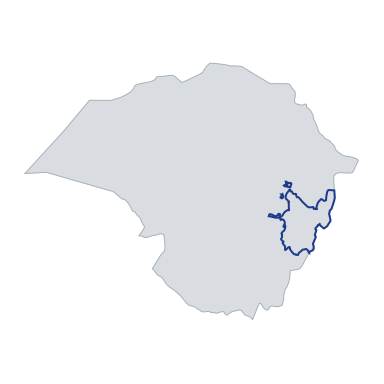 where Benshangul-Gumaz sits in Ethiopia, rotated 179°
{"feature_id": "ETH-3132", "entity_name": "Benshangul-Gumaz", "entity_type": "Administrative State", "adm_level": 1, "iso_a3": "ETH", "parent_name": "Ethiopia", "parent_adm1": "", "projection": "orthographic", "projection_center": [35.827, 10.412], "detail": "fine", "context": "in_parent", "style": "outline", "palette": "blue", "viewbox_px": 384, "rotation_deg": 179, "n_neighbors": 0, "source": "natural_earth", "source_scale": "10m", "svg_char_len": 8112}
<svg xmlns="http://www.w3.org/2000/svg" viewBox="0 0 384 384"><g transform="rotate(179 192 192)"><path d="M76.0,275.1L75.7,274.7L73.7,273.1L71.8,271.1L70.7,268.8L69.6,266.9L69.1,262.7L67.7,260.1L66.4,256.9L64.4,250.9L63.5,248.8L61.9,247.4L60.2,246.1L58.4,243.4L53.9,241.0L52.1,239.1L49.0,235.9L48.3,234.3L48.1,232.7L47.1,231.2L45.4,229.5L40.2,225.8L38.7,225.4L36.8,225.0L34.0,224.6L30.3,223.7L27.1,222.3L25.6,221.2L25.3,220.5L25.6,219.4L26.8,217.4L29.0,212.6L30.6,209.4L31.6,208.4L34.5,208.2L37.6,208.3L39.8,208.6L42.9,208.7L46.7,208.4L48.2,207.3L49.4,206.1L49.9,205.3L50.0,203.2L50.0,201.4L49.8,194.9L49.7,190.9L49.6,186.3L49.6,185.4L49.6,184.2L50.6,179.3L51.4,176.5L52.0,175.1L54.4,170.4L54.9,168.9L54.9,167.6L54.1,161.3L55.6,158.3L57.6,155.4L59.3,154.2L60.7,153.4L61.4,153.7L63.0,155.1L65.1,156.4L66.1,156.1L67.6,155.0L68.7,153.7L68.6,151.5L69.6,147.0L69.4,144.4L70.4,141.2L71.6,136.6L72.1,133.8L72.8,132.2L75.9,129.0L78.5,124.6L80.3,121.3L83.5,115.9L85.1,114.0L86.5,113.1L88.5,112.6L92.1,112.1L94.8,111.7L95.2,111.0L95.4,109.9L95.4,107.5L95.9,103.4L97.1,99.4L98.4,96.3L99.1,94.9L100.0,93.6L101.0,91.3L102.2,86.5L102.1,83.1L103.9,77.1L104.3,77.1L107.3,75.9L110.2,75.8L113.0,76.5L114.8,76.7L115.7,76.3L116.5,75.3L117.2,73.7L118.3,72.8L119.9,72.6L122.0,74.4L125.4,79.3L126.3,79.5L126.8,79.4L128.5,75.5L129.8,72.5L132.2,66.8L133.6,63.5L134.9,64.5L136.2,66.1L137.7,66.9L139.2,67.3L140.0,67.4L141.0,68.0L144.4,72.1L145.6,73.0L147.2,73.1L153.9,71.7L157.9,69.3L158.5,68.4L159.6,68.4L161.0,69.4L161.5,70.4L162.4,71.7L164.0,71.9L167.8,70.9L169.7,70.3L171.3,70.8L173.3,71.1L174.6,71.1L177.6,72.4L181.3,71.9L183.0,72.0L184.8,72.5L187.7,74.6L191.5,77.1L196.9,78.8L198.0,79.5L200.6,82.4L204.8,87.9L210.2,93.1L216.0,97.2L219.1,100.1L221.3,103.6L223.4,106.8L225.5,108.2L227.5,109.3L229.5,111.7L231.0,113.7L233.0,116.1L230.9,119.3L228.1,123.7L224.9,128.7L223.9,130.0L221.0,133.1L220.5,133.9L220.0,136.1L220.0,140.1L220.5,145.2L220.9,149.9L222.6,150.4L224.5,150.7L226.6,150.1L229.1,149.5L232.2,149.1L235.6,148.1L237.7,147.3L239.8,147.3L241.7,148.1L242.7,148.8L244.0,149.0L245.7,149.0L245.4,149.8L244.5,151.2L243.3,152.5L242.3,153.8L240.1,157.6L240.1,158.1L240.4,158.8L241.7,160.5L243.0,163.3L243.8,165.8L244.4,167.0L246.0,168.4L248.3,171.2L249.5,173.2L252.0,174.1L252.9,176.6L254.9,180.2L256.9,183.1L258.9,185.3L261.1,186.1L262.0,186.2L266.7,190.3L270.2,193.4L271.1,193.9L277.4,195.8L284.7,198.0L290.5,199.8L297.9,202.1L305.2,204.3L312.0,206.4L321.7,209.4L329.4,211.8L335.5,213.6L336.8,214.2L358.7,213.4L353.5,219.0L347.5,225.3L341.3,231.9L337.2,236.2L330.8,242.9L325.4,248.5L319.8,254.6L314.8,260.2L308.3,267.8L304.0,272.7L297.3,280.4L293.1,285.3L292.5,285.6L286.4,285.4L280.4,285.2L272.8,285.0L271.9,285.0L269.7,285.5L268.4,286.0L262.9,287.4L261.9,287.7L257.3,289.9L252.7,292.4L250.3,294.2L248.4,296.9L247.6,298.8L246.8,299.7L245.3,300.5L235.5,302.5L232.7,302.7L228.1,304.3L225.7,306.7L225.0,307.9L221.7,308.0L216.0,308.4L213.5,308.9L212.3,308.9L210.1,309.0L208.3,308.6L207.1,307.9L205.6,306.5L202.3,303.6L199.8,301.7L194.5,304.0L189.8,306.2L183.0,309.3L179.1,311.5L178.0,313.7L175.0,317.7L172.3,320.2L171.3,320.5L165.3,320.0L163.1,319.6L159.5,319.2L154.6,318.3L151.4,317.4L147.8,317.4L142.7,317.1L139.6,316.4L136.4,314.3L132.3,311.6L128.0,308.9L123.7,306.2L118.5,303.0L112.9,299.4L111.6,299.1L111.1,299.0L105.0,298.9L98.6,298.7L94.3,298.6L93.0,298.2L92.0,297.4L90.7,294.8L89.0,292.9L87.2,290.6L87.0,287.4L87.5,283.9L88.0,282.7L87.7,281.6L87.8,280.0L86.7,278.5L80.5,276.8L79.5,276.9L78.5,277.6L77.3,278.0L76.4,277.6L75.9,276.9L75.9,275.9L76.0,275.1Z" fill="#d9dde1" stroke="#a8b0b8" stroke-width="1"/><path d="M66.4,156.8L66.6,156.8L66.9,156.4L67.0,156.0L67.1,155.7L67.5,155.1L68.8,154.2L69.1,153.6L69.3,152.9L69.2,152.5L68.5,152.0L68.3,151.7L69.8,147.2L69.9,146.5L69.6,146.0L69.2,145.6L69.0,144.9L69.1,144.5L71.9,138.3L72.0,137.8L71.9,137.4L71.5,136.5L71.3,136.0L71.3,135.1L71.2,134.2L71.2,133.8L71.3,133.2L71.6,132.7L71.9,132.2L72.2,131.7L73.1,131.2L73.6,131.0L75.1,130.4L75.7,129.7L75.8,129.4L75.8,129.0L76.4,129.5L77.2,131.6L77.8,132.2L78.4,132.7L78.9,133.0L79.4,133.0L80.6,132.6L81.3,132.5L81.9,132.5L82.3,132.5L82.8,132.1L83.3,131.5L86.1,129.3L86.5,128.8L87.1,127.3L87.2,127.2L88.2,127.3L88.8,127.3L89.0,127.3L89.1,127.5L89.3,127.8L89.9,127.9L90.5,127.9L90.9,128.0L91.0,128.1L91.5,128.4L91.7,128.6L92.0,129.2L92.3,129.5L93.2,130.3L93.3,130.5L94.1,131.7L94.6,132.4L94.9,132.9L95.0,134.1L95.3,135.1L95.8,135.3L96.2,135.2L96.6,135.0L97.6,134.0L98.5,133.2L99.3,132.6L99.8,132.4L100.0,132.7L99.9,134.2L100.0,136.2L100.2,136.6L101.0,137.4L102.3,139.3L102.3,139.5L102.1,139.9L101.6,140.3L101.4,140.8L102.0,141.3L102.3,141.5L103.7,142.9L103.6,143.8L103.3,144.4L102.9,145.0L102.7,145.5L102.7,145.9L102.8,146.4L102.9,146.8L102.7,147.2L102.6,147.5L103.3,148.9L102.7,149.9L102.1,150.6L101.0,151.5L100.6,151.8L100.3,152.3L100.0,152.8L99.9,153.1L99.9,153.4L99.4,154.7L99.3,155.4L99.3,156.0L99.4,156.4L99.6,155.9L99.9,155.6L100.4,155.5L100.9,155.5L101.2,155.9L99.7,159.2L99.9,160.4L100.2,161.4L100.7,162.1L101.2,162.7L101.7,163.0L102.2,163.1L103.3,162.6L103.6,162.5L103.8,162.6L104.1,162.9L104.1,163.3L104.0,163.7L104.0,164.1L104.3,164.6L104.8,164.7L105.8,164.7L108.3,164.9L108.5,164.9L109.1,164.8L109.3,164.8L109.5,165.0L109.9,165.3L110.1,165.3L111.2,165.4L111.6,165.5L112.5,165.8L115.7,166.4L115.4,167.2L115.3,167.7L115.1,168.1L114.8,168.4L114.6,168.5L114.2,168.5L111.8,167.8L111.4,167.4L110.2,166.9L109.2,166.3L108.8,166.3L106.8,167.3L106.5,167.5L106.1,168.6L105.6,168.7L105.2,168.6L104.8,168.4L104.4,168.3L104.3,168.1L104.4,167.9L105.1,165.7L103.6,165.7L103.2,165.9L102.8,166.2L101.9,167.1L101.6,167.5L100.4,169.5L99.7,170.3L97.7,171.7L96.8,172.2L96.4,172.4L96.0,172.4L95.6,172.1L95.3,172.2L95.5,176.1L95.4,178.3L95.5,178.7L95.7,179.3L95.7,179.7L95.6,180.1L95.1,180.4L95.1,180.6L95.8,181.2L97.3,182.9L97.7,183.2L98.3,183.8L98.5,185.1L98.2,186.7L97.6,188.5L94.3,192.8L93.8,192.6L93.5,191.2L93.2,190.8L92.4,190.8L92.2,190.8L92.0,190.5L91.2,189.1L91.0,188.7L90.8,188.4L90.6,188.3L90.2,188.3L89.3,188.3L88.6,188.3L88.4,188.3L88.1,188.1L87.9,187.8L87.9,186.6L87.8,186.3L87.4,185.3L87.1,184.9L86.8,184.9L85.8,185.0L84.7,183.9L81.7,180.2L77.2,175.7L76.4,175.1L75.9,174.8L75.5,174.8L75.1,174.7L74.0,174.6L73.3,174.6L71.5,174.8L71.0,174.8L70.7,174.4L70.7,173.9L70.7,173.3L70.6,173.0L70.2,172.9L67.4,172.7L67.3,172.9L67.5,173.4L67.8,173.8L68.0,174.1L66.7,178.2L65.8,179.8L63.3,182.5L62.6,182.6L62.0,182.3L61.0,181.4L60.5,181.0L60.1,180.9L59.3,181.1L58.8,181.1L58.2,181.4L57.7,185.6L56.9,189.5L56.7,190.0L56.5,190.5L56.2,190.8L55.9,191.3L55.5,191.5L54.9,191.6L50.7,191.2L49.7,191.2L49.4,185.6L49.3,183.8L50.1,180.5L52.8,172.6L54.2,171.4L54.7,170.7L54.7,170.4L54.6,169.9L54.6,169.6L54.9,169.3L55.0,169.1L55.2,168.2L55.2,167.2L54.1,162.2L54.0,161.2L54.2,160.4L56.1,157.7L57.0,156.1L57.3,155.6L57.7,155.3L60.4,153.4L60.8,153.3L61.1,153.4L63.7,155.8L64.4,156.2L64.7,156.5L64.8,156.8L64.7,157.5L64.8,157.8L65.0,157.9L65.2,157.7L65.5,157.0L65.7,156.8L66.1,156.7L66.4,156.8ZM93.9,195.1L94.8,195.4L95.2,195.5L95.5,195.3L95.8,195.4L96.1,195.5L96.4,195.6L96.5,195.6L96.4,195.9L96.3,196.0L96.5,196.4L96.7,196.7L97.0,196.8L97.3,196.8L97.6,196.7L97.4,197.1L97.3,197.8L97.3,198.5L97.3,199.0L97.7,199.1L97.9,199.4L97.9,199.7L97.5,199.9L97.8,200.3L97.9,200.5L98.0,200.7L97.5,200.7L97.3,200.6L97.2,200.5L97.0,200.3L97.0,200.1L97.1,199.9L97.0,199.7L96.8,199.5L96.3,199.0L96.1,198.7L95.5,199.3L95.2,199.5L94.7,199.5L94.6,199.4L94.5,199.2L94.4,199.2L94.0,199.2L93.9,199.2L93.5,199.2L93.4,199.3L93.1,199.3L92.9,199.2L92.7,199.0L92.6,198.8L92.7,198.7L92.8,198.3L92.7,197.8L92.7,197.5L92.8,197.2L93.2,196.8L93.3,196.5L93.4,196.2L93.4,195.8L93.4,195.4L93.6,195.2L93.9,195.1ZM102.3,184.1L102.7,184.2L103.4,184.8L103.6,184.9L103.6,185.2L103.4,185.4L102.5,185.8L102.3,186.2L102.3,186.7L102.8,187.8L102.1,187.6L101.8,187.8L101.7,188.2L101.6,188.3L101.4,187.8L100.8,186.0L101.1,185.2L101.2,184.8L101.5,184.5L101.9,184.2L102.3,184.1ZM98.9,196.0L99.2,196.2L99.6,196.6L100.0,196.8L99.8,197.0L99.6,197.2L99.3,197.3L99.1,197.4L98.7,197.5L98.5,197.4L98.3,197.2L98.0,197.1L97.8,196.9L97.8,196.7L98.0,196.5L98.9,196.0Z" fill="none" stroke="#1e3a8a" stroke-width="2"/></g></svg>